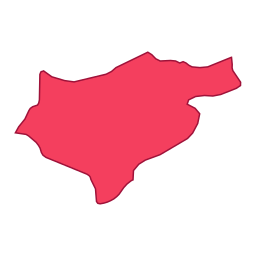 the Province of El Tarf
{"feature_id": "DZA-2164", "entity_name": "El Tarf", "entity_type": "Province", "adm_level": 1, "iso_a3": "DZA", "parent_name": "Algeria", "parent_adm1": "", "projection": "robinson", "projection_center": [8.131, 36.681], "detail": "fine", "context": "isolated", "style": "filled", "palette": "rose", "viewbox_px": 256, "rotation_deg": 0, "n_neighbors": 0, "source": "natural_earth", "source_scale": "10m", "svg_char_len": 1092}
<svg xmlns="http://www.w3.org/2000/svg" viewBox="0 0 256 256"><path d="M231.5,57.3L232.2,64.5L232.1,67.8L232.8,70.6L240.6,82.2L240.5,85.5L236.4,88.3L220.7,94.5L212.9,96.0L204.4,95.5L195.6,96.5L188.6,99.9L187.2,104.2L195.1,108.3L199.7,113.8L197.7,123.5L192.6,133.1L187.5,138.5L160.0,154.7L145.3,160.1L138.8,164.2L133.5,170.5L133.0,179.8L132.9,179.8L130.9,180.9L127.0,184.0L123.8,187.5L119.1,194.2L116.7,196.6L113.8,198.9L110.5,200.7L107.3,202.1L103.9,203.1L100.1,203.8L97.8,203.3L96.5,201.5L95.5,188.8L92.1,181.9L90.9,179.4L90.3,177.3L90.0,176.7L89.1,175.6L87.0,174.2L46.0,157.4L43.0,155.2L41.4,152.5L40.1,148.2L38.5,145.4L36.1,142.3L28.6,135.9L26.1,134.4L15.4,132.8L18.7,126.8L24.9,119.1L29.0,110.4L30.3,108.4L32.7,106.7L37.5,105.1L38.7,103.1L39.4,100.0L39.9,74.4L40.6,72.6L41.1,71.7L42.6,71.3L43.6,70.9L51.8,76.8L64.6,80.6L74.1,81.9L106.2,74.2L111.5,71.5L116.0,67.6L147.8,52.2L151.8,54.7L155.8,58.8L160.2,61.0L170.5,60.5L175.6,61.0L179.7,63.0L183.1,61.7L186.0,63.0L188.9,65.3L192.1,66.9L199.9,67.6L207.7,66.9L231.4,57.3L231.5,57.3Z" fill="#f43f5e" stroke="#9f1239" stroke-width="1.5"/></svg>